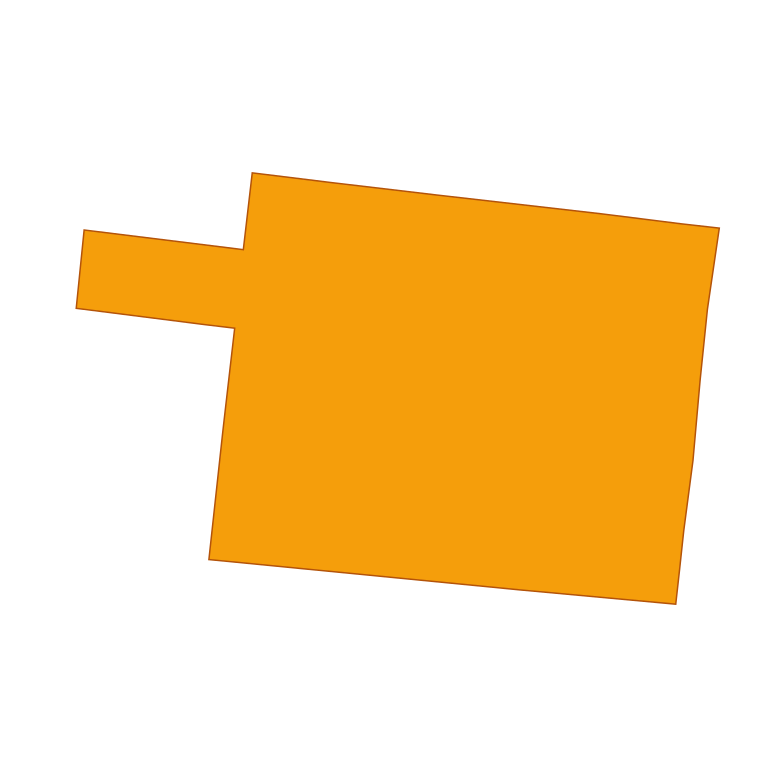 LaSalle, Illinois, United States of America (Albers equal-area conic projection), rotated 97°
{"feature_id": "52423323B71481702095612", "entity_name": "LaSalle", "entity_type": "district", "adm_level": 2, "iso_a3": "USA", "parent_name": "United States of America", "parent_adm1": "Illinois", "projection": "albers", "projection_center": [-88.932, 41.279], "detail": "fine", "context": "isolated", "style": "filled", "palette": "amber", "viewbox_px": 768, "rotation_deg": 97, "n_neighbors": 0, "source": "geoboundaries", "source_scale": "gbopen_adm2", "svg_char_len": 449}
<svg xmlns="http://www.w3.org/2000/svg" viewBox="0 0 768 768"><g transform="rotate(97 384 384)"><path d="M567.0,67.6L532.2,68.0L493.1,68.6L422.3,68.0L341.6,70.7L270.2,72.1L188.4,70.2L188.5,79.9L188.8,109.1L188.7,141.7L188.6,189.3L190.0,355.7L190.5,461.3L190.5,540.5L267.8,540.0L267.7,700.4L346.4,698.7L346.9,569.3L346.8,539.0L426.9,538.4L450.1,538.2L579.6,536.4L571.8,223.8L567.0,67.6Z" fill="#f59e0b" stroke="#b45309" stroke-width="1.5"/></g></svg>